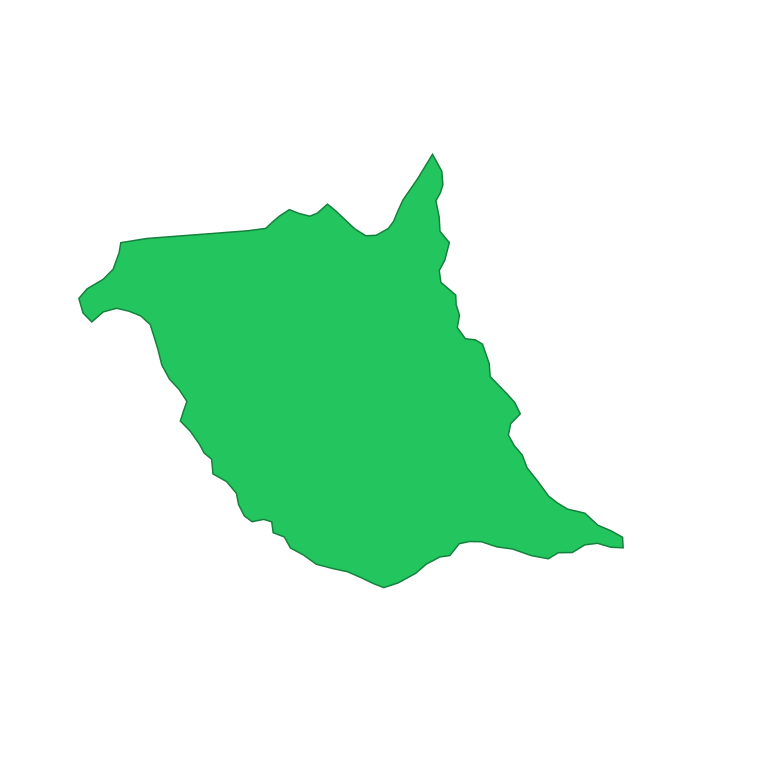 Santa Rosa de Goiás, Goiás, Brazil, rotated 317°
{"feature_id": "56859067B49023245121692", "entity_name": "Santa Rosa de Goiás", "entity_type": "district", "adm_level": 2, "iso_a3": "BRA", "parent_name": "Brazil", "parent_adm1": "Goiás", "projection": "albers", "projection_center": [-49.481, -16.071], "detail": "fine", "context": "isolated", "style": "filled", "palette": "green", "viewbox_px": 768, "rotation_deg": 317, "n_neighbors": 0, "source": "geoboundaries", "source_scale": "gbopen_adm2", "svg_char_len": 1575}
<svg xmlns="http://www.w3.org/2000/svg" viewBox="0 0 768 768"><g transform="rotate(317 384 384)"><path d="M453.9,658.8L450.1,646.7L444.1,633.1L442.8,615.5L432.8,600.5L429.6,588.8L427.9,578.4L430.1,559.9L431.5,542.8L436.7,530.2L437.2,518.0L440.1,506.2L449.7,499.4L463.3,498.8L467.0,486.7L467.2,474.5L466.7,451.0L474.9,440.8L483.2,422.1L480.9,414.0L474.4,406.4L476.1,392.7L486.1,385.2L490.8,375.3L497.1,367.9L494.9,348.5L501.8,338.7L512.7,335.0L528.2,325.2L529.1,310.5L538.4,299.3L546.9,285.4L555.6,282.6L562.9,278.5L571.4,267.8L576.1,249.1L548.2,256.9L523.5,262.3L511.3,267.3L501.9,271.6L493.1,273.2L479.7,269.9L471.8,263.2L468.4,250.5L466.7,223.8L465.3,213.9L451.8,213.6L444.2,210.7L438.1,201.2L433.7,191.9L422.7,190.0L414.3,189.5L403.6,189.5L389.1,179.2L309.9,115.9L287.9,101.1L279.9,107.3L264.0,115.4L250.0,115.9L231.7,111.9L219.2,113.3L212.3,126.8L212.6,139.3L227.8,139.8L240.0,146.2L247.0,156.6L252.5,168.3L253.6,181.0L247.8,193.2L242.6,203.9L234.5,218.5L230.4,234.2L230.4,248.2L228.0,262.3L219.2,266.9L209.8,272.2L210.1,286.6L207.9,302.4L205.4,311.6L206.6,321.5L197.6,333.1L202.3,348.0L201.5,363.3L195.4,373.0L191.9,385.2L193.6,394.7L203.7,401.0L207.9,408.2L201.5,417.2L206.8,427.9L203.7,440.2L208.5,454.1L211.5,469.6L221.0,484.6L229.3,496.5L234.5,508.5L240.6,523.8L245.0,532.8L258.7,539.1L278.3,544.1L292.2,544.6L306.9,548.6L315.2,554.4L330.0,552.1L338.7,557.2L347.6,565.7L355.6,580.3L365.5,592.4L374.7,610.0L385.0,623.9L396.3,626.2L406.8,635.7L421.2,638.6L431.5,646.1L438.7,658.3L447.2,666.9L453.9,658.8Z" fill="#22c55e" stroke="#15803d" stroke-width="1.5"/></g></svg>